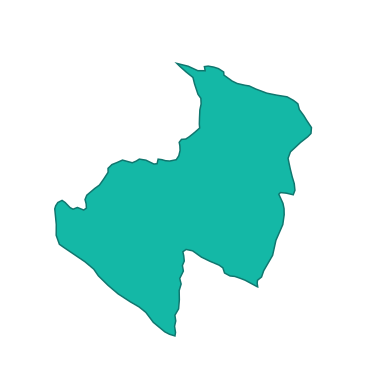 outline of Övertorneå, Norrbotten, Sweden, rotated 213°
{"feature_id": "70781695B64947384355586", "entity_name": "Övertorneå", "entity_type": "district", "adm_level": 2, "iso_a3": "SWE", "parent_name": "Sweden", "parent_adm1": "Norrbotten", "projection": "natural_earth1", "projection_center": [23.504, 66.517], "detail": "fine", "context": "isolated", "style": "filled", "palette": "teal", "viewbox_px": 384, "rotation_deg": 213, "n_neighbors": 0, "source": "geoboundaries", "source_scale": "gbopen_adm2", "svg_char_len": 1924}
<svg xmlns="http://www.w3.org/2000/svg" viewBox="0 0 384 384"><g transform="rotate(213 192 192)"><path d="M85.2,148.2L87.6,150.9L89.0,153.6L87.4,158.6L89.0,165.0L89.9,182.8L95.3,197.2L98.1,214.1L102.3,223.1L105.7,228.1L109.5,232.0L116.1,236.2L118.0,237.4L117.5,239.7L112.3,242.4L105.6,244.8L106.6,249.5L110.8,254.7L116.1,259.2L122.2,264.9L125.6,268.3L129.8,272.6L131.3,279.3L128.3,291.4L127.9,292.9L125.0,301.4L124.1,305.9L126.9,311.1L135.0,314.6L139.8,316.9L146.9,319.6L151.2,323.6L153.0,323.8L156.9,324.1L164.1,323.6L173.6,319.4L183.2,315.6L194.6,313.1L201.8,312.1L205.6,310.4L213.2,307.6L218.9,306.9L228.9,307.4L230.8,309.9L237.0,309.9L241.8,308.6L247.0,306.4L249.9,303.9L247.0,300.9L253.2,296.9L263.7,295.4L274.7,291.6L269.8,290.6L261.9,289.4L253.6,288.6L248.7,284.0L240.2,277.2L235.6,275.4L232.3,270.8L230.1,265.1L225.8,257.8L222.8,252.9L220.4,249.8L222.8,241.6L224.6,236.3L226.1,233.0L229.5,230.4L229.8,226.7L227.3,224.1L224.6,220.3L222.8,215.2L222.8,210.5L227.6,205.8L231.3,203.8L234.9,202.7L238.3,201.1L236.7,196.7L239.2,194.7L248.0,193.6L254.1,190.9L255.6,187.6L258.0,184.0L267.7,180.9L271.0,175.8L274.1,171.4L275.3,166.1L273.1,162.8L273.1,154.7L273.4,147.4L275.5,142.0L278.5,132.0L277.6,127.4L274.3,124.4L271.8,121.0L273.0,117.9L279.7,116.6L282.4,112.8L285.8,112.5L292.7,114.1L296.4,114.2L298.8,110.1L298.8,106.2L297.9,103.1L288.1,90.8L282.3,81.7L274.7,75.9L269.4,75.7L243.8,75.2L232.4,73.8L224.9,70.7L211.6,68.0L198.4,66.3L183.7,66.3L173.8,66.8L165.2,65.9L161.0,64.4L153.4,61.6L138.7,59.9L133.5,60.4L127.9,62.0L129.3,65.2L133.5,69.9L135.4,75.0L139.2,79.3L139.6,86.7L143.9,94.7L149.1,102.4L151.0,108.9L155.2,112.8L155.7,117.1L156.2,121.0L160.0,125.1L160.9,129.9L164.2,134.0L167.1,136.9L165.7,140.6L159.5,143.0L148.6,142.5L139.1,143.7L129.6,145.4L124.8,145.2L120.6,141.8L114.4,142.3L110.1,144.5L105.4,145.7L99.7,146.9L94.0,147.4L85.5,148.1L85.2,148.2Z" fill="#14b8a6" stroke="#0f766e" stroke-width="1.5"/></g></svg>